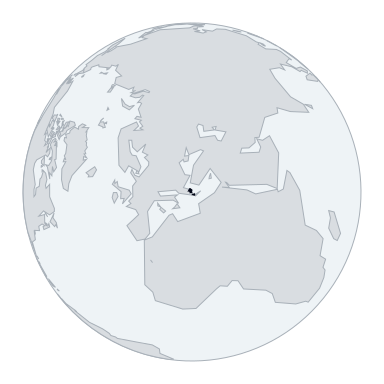 Attiki on an orthographic globe, rotated 309°
{"feature_id": "GRC-2884", "entity_name": "Attiki", "entity_type": "Region", "adm_level": 1, "iso_a3": "GRC", "parent_name": "Greece", "parent_adm1": "", "projection": "orthographic", "projection_center": [23.522, 37.086], "detail": "fine", "context": "on_globe", "style": "filled", "palette": "ink", "viewbox_px": 384, "rotation_deg": 309, "n_neighbors": 0, "source": "natural_earth", "source_scale": "10m", "svg_char_len": 11628}
<svg xmlns="http://www.w3.org/2000/svg" viewBox="0 0 384 384"><g transform="rotate(309 192 192)"><circle cx="192" cy="192" r="169" fill="#eef3f6" stroke="#a8b0b8"/><path d="M128.7,35.3L130.6,34.6L136.8,32.4L140.2,31.2L158.0,27.8L178.6,25.3L184.8,24.2L183.7,25.1L195.2,23.3L206.2,23.7L194.0,23.6L192.9,24.0L200.4,24.1L200.9,24.6L204.8,25.1L204.7,25.8L197.6,26.2L197.4,26.8L202.8,26.9L206.0,28.1L198.2,27.7L203.1,29.7L192.1,31.7L171.2,31.8L165.2,35.0L144.0,41.2L146.1,41.8L139.3,45.1L139.2,47.3L135.3,48.2L138.6,49.2L142.2,47.9L144.8,48.0L145.1,49.3L140.1,50.6L139.3,50.1L138.0,51.2L135.4,51.4L136.8,52.0L130.8,53.7L137.1,54.0L132.6,57.0L128.5,57.6L128.6,54.9L119.3,51.1L115.2,51.7L109.4,54.7L99.1,65.5L94.7,67.5L89.0,72.1L91.6,72.0L96.9,68.4L100.3,69.7L106.4,65.7L108.7,65.8L115.1,63.1L114.5,66.5L110.4,71.4L105.0,73.9L103.0,76.3L108.4,76.5L98.7,84.4L92.7,95.3L90.2,97.3L84.6,95.7L83.9,88.5L76.8,88.1L81.7,91.6L75.2,97.1L74.3,99.6L74.8,101.4L77.4,100.6L75.3,103.4L69.6,100.6L71.4,98.0L73.2,98.8L72.8,95.6L68.9,94.5L66.0,97.8L63.2,93.9L61.1,96.4L59.3,97.1L62.9,93.4L56.3,100.3L52.7,99.4L43.6,112.4L52.2,98.6L55.0,93.9L57.6,89.7L56.1,91.7L59.0,87.8L67.1,78.2L76.0,69.2L85.5,60.9L95.5,53.3L106.1,46.5L117.2,40.5L128.7,35.3ZM28.0,151.5L28.0,151.4L27.7,153.8L25.8,161.6L27.1,157.6L26.0,164.3L26.5,175.0L26.0,175.9L26.2,194.4L29.4,208.7L30.1,216.8L29.4,219.2L31.2,223.8L31.3,226.2L41.0,244.2L48.2,257.4L49.5,265.4L46.4,268.7L50.6,283.1L47.4,279.4L41.6,268.9L36.4,258.0L32.1,246.7L28.6,235.1L26.0,223.4L24.2,211.4L23.2,199.4L23.1,187.3L23.9,175.3L25.5,163.3L28.0,151.5ZM43.0,112.4L41.3,116.2L34.9,132.5L36.2,127.5L36.4,127.4L38.5,122.3L41.6,115.3L42.9,112.5L43.0,112.4ZM43.8,113.8L44.8,111.6L44.2,113.2L43.8,113.8ZM141.6,30.8L136.9,32.4L131.1,34.4L135.0,32.9L141.6,30.8ZM152.7,27.9L150.6,28.6L147.7,29.0L149.8,28.5L152.7,27.9ZM189.1,23.6L185.2,23.8L188.8,23.5L189.1,23.6ZM205.4,25.1L206.4,25.0L208.0,25.3L205.4,25.1ZM115.0,61.5L115.0,62.3L113.8,62.4L115.0,61.5ZM117.8,59.7L116.4,59.2L117.5,58.3L118.3,58.6L117.8,59.7ZM209.3,26.8L211.6,27.7L208.1,26.8L209.3,26.8ZM119.3,60.5L119.6,56.8L121.6,55.3L126.5,55.2L119.3,60.5ZM212.2,28.2L217.9,30.6L220.5,30.4L216.2,32.7L212.8,29.6L208.0,28.5L211.4,28.7L212.2,28.2ZM143.2,47.0L139.4,48.4L142.3,46.1L143.2,47.0ZM144.4,45.6L149.7,39.4L155.5,38.3L152.5,40.5L159.8,38.4L160.0,40.9L156.1,42.6L152.3,42.7L155.2,43.6L144.4,45.6ZM212.9,33.8L213.2,34.6L211.5,33.8L212.9,33.8ZM146.1,47.9L146.6,46.6L151.6,45.5L151.5,48.0L149.9,47.5L146.1,47.9ZM161.6,36.8L165.3,36.6L166.5,38.5L168.1,38.7L160.5,40.9L161.6,36.8ZM148.9,48.4L151.2,49.3L149.1,51.0L145.9,49.1L148.9,48.4ZM153.0,44.3L155.4,44.0L154.0,44.9L153.0,44.3ZM142.8,58.1L143.4,56.3L146.0,55.5L142.8,58.1ZM152.2,49.5L153.0,48.9L154.1,48.5L155.1,49.4L152.2,49.5ZM161.9,42.2L161.6,43.2L165.0,41.4L166.0,43.0L160.8,44.2L163.5,44.4L163.8,44.9L159.2,45.4L161.9,42.2ZM159.6,49.2L153.3,51.7L151.7,55.0L149.2,55.7L152.3,50.2L159.6,49.2ZM159.7,46.9L159.1,48.4L156.4,48.4L155.2,47.3L159.7,46.9ZM168.6,43.7L168.4,40.9L169.6,40.8L168.6,43.7ZM159.6,50.1L161.2,49.5L159.8,50.4L159.6,50.1ZM166.5,45.6L166.2,44.6L167.5,44.4L166.5,45.6ZM164.4,49.3L162.4,50.0L161.5,49.2L164.4,49.3ZM165.8,47.6L167.6,47.7L162.4,48.5L165.4,47.1L165.8,47.6ZM167.7,45.6L168.4,45.2L167.7,46.1L167.7,45.6ZM168.9,52.0L162.5,53.3L160.6,51.5L167.0,50.4L168.9,52.0ZM95.2,258.5L84.5,231.9L89.5,224.6L90.2,213.7L124.6,185.2L132.1,189.4L159.5,188.8L162.9,190.6L160.0,199.5L180.7,211.8L187.1,204.5L205.6,209.9L217.8,208.6L221.7,191.3L201.7,193.0L198.0,184.9L213.8,176.3L231.2,175.1L230.3,172.0L219.1,166.1L222.8,159.6L215.2,163.6L218.4,166.6L213.7,169.4L210.4,166.9L211.9,164.6L206.6,163.6L201.0,175.6L203.7,180.0L190.0,182.6L193.2,190.3L189.6,194.0L182.7,182.5L183.2,178.2L170.8,165.4L169.0,170.1L180.7,182.6L177.1,181.6L174.8,188.7L173.8,182.5L161.5,168.2L148.9,169.7L133.3,185.2L125.9,185.1L119.5,179.9L124.9,162.6L140.8,164.8L142.9,159.3L139.4,150.1L144.6,151.8L145.1,148.5L151.1,149.0L159.3,142.1L165.3,142.0L168.3,132.3L171.8,131.1L169.0,137.0L170.4,141.4L185.4,141.5L188.2,139.5L188.9,133.3L193.0,134.4L191.7,128.4L200.2,125.9L188.8,124.2L189.4,117.6L194.3,112.6L192.5,110.3L184.4,118.6L183.0,122.3L185.0,125.8L179.5,136.4L174.4,138.0L172.5,126.3L165.0,127.5L166.8,118.4L187.6,100.5L196.4,97.2L211.5,104.8L209.6,108.9L203.2,108.1L209.4,114.7L208.8,111.3L212.1,112.4L213.5,107.0L215.9,107.5L213.0,101.5L216.2,101.6L218.0,105.4L222.7,98.1L229.1,97.1L229.0,95.2L227.1,93.5L236.6,93.8L236.1,92.5L232.7,91.8L229.6,88.7L227.7,83.6L231.1,84.0L232.2,85.8L239.7,90.7L242.2,96.1L243.4,95.8L242.1,91.2L232.9,85.2L230.8,82.1L235.5,84.3L233.6,83.3L233.7,81.8L236.9,80.9L231.9,78.3L227.5,63.8L233.3,61.0L237.9,64.3L238.5,56.0L244.9,54.5L241.9,53.7L240.1,49.8L238.0,50.2L236.4,49.6L230.8,40.9L232.2,39.5L226.3,35.7L224.7,35.5L223.4,36.2L216.2,32.7L220.5,30.4L223.9,31.0L224.3,29.5L231.9,31.4L238.4,32.6L246.5,36.2L250.9,37.2L250.6,36.6L256.3,37.8L269.4,43.3L260.4,41.6L241.1,35.9L249.1,38.2L247.7,38.7L250.9,40.3L256.5,42.1L256.9,41.7L268.3,51.3L282.7,60.3L280.6,56.2L283.5,56.3L298.0,65.1L318.0,86.8L322.1,88.9L325.2,92.2L327.9,97.0L323.5,92.3L322.4,93.3L319.5,90.1L322.4,97.0L318.3,92.8L322.5,100.6L325.5,102.4L324.5,97.6L329.9,106.7L334.2,108.5L339.4,115.5L347.6,135.9L349.1,147.4L350.2,150.3L348.4,150.4L349.6,159.2L355.9,167.9L357.0,172.3L357.3,186.5L356.6,183.5L351.9,183.8L353.6,195.2L357.3,197.6L358.7,205.4L357.0,206.9L355.3,200.3L353.6,200.2L352.1,190.7L347.1,180.2L345.2,187.2L343.6,181.7L336.3,175.2L332.6,185.0L328.0,208.7L330.3,223.3L327.4,232.6L316.4,217.8L311.0,205.0L307.4,209.0L295.8,201.6L276.8,209.7L273.8,206.6L270.3,209.9L262.1,208.5L257.4,203.1L252.6,205.0L265.1,219.1L270.2,217.1L274.1,208.8L276.6,214.3L284.5,216.8L276.9,234.8L248.3,256.0L245.0,245.3L220.7,216.8L221.2,213.0L221.1,212.6L220.7,211.8L219.0,218.2L214.7,212.2L228.2,233.4L230.6,242.7L247.9,256.7L246.4,258.8L251.8,261.1L268.5,252.2L268.7,255.9L261.1,274.7L237.5,300.8L240.4,312.9L238.3,323.2L223.1,331.6L223.9,338.1L215.9,341.2L215.1,344.5L208.5,348.3L197.5,351.7L179.5,351.6L178.7,349.1L170.3,343.1L158.7,326.2L163.6,318.3L162.2,311.2L149.1,293.1L152.0,283.6L148.4,278.9L141.0,278.8L136.8,272.9L132.3,272.0L104.0,268.4L95.2,258.5ZM113.1,202.5L112.3,205.8L113.1,202.5ZM250.0,182.6L260.1,180.5L254.7,170.9L258.1,169.5L255.0,166.9L254.3,170.3L246.6,163.0L250.6,158.7L248.9,154.3L245.5,154.8L239.3,164.0L250.3,174.3L248.3,179.3L250.0,182.6ZM26.6,175.2L26.4,178.0L26.2,176.3L26.6,175.2ZM35.1,129.7L34.3,132.0L33.5,134.2L33.9,133.0L35.1,129.7ZM31.8,148.1L31.5,151.3L31.3,149.3L31.8,148.1ZM34.2,134.9L32.0,145.9L31.5,142.9L33.2,136.2L32.8,139.0L34.2,134.9ZM41.7,116.8L40.9,118.6L40.3,119.5L41.7,116.8ZM43.5,115.0L43.5,114.6L44.4,112.9L43.5,115.0ZM75.6,97.3L75.9,97.6L75.9,99.8L74.8,99.5L75.6,97.3ZM82.8,105.9L79.2,110.2L81.0,106.7L78.7,107.0L79.6,100.4L88.9,98.0L84.5,100.1L82.8,105.9ZM83.4,91.5L81.8,95.5L83.2,91.2L83.4,91.5ZM142.1,131.3L144.2,133.8L142.0,137.3L134.4,138.6L137.5,133.4L142.1,131.3ZM147.7,136.6L147.9,125.2L152.7,124.4L150.0,126.7L153.1,127.3L149.6,131.3L153.9,142.0L152.3,145.9L139.0,145.4L144.3,143.3L141.9,140.8L147.7,136.6ZM140.1,101.4L140.3,97.5L150.4,100.5L149.1,103.9L141.4,105.1L138.4,101.8L140.1,101.4ZM127.9,61.6L127.4,60.6L128.7,60.1L130.3,60.6L127.9,61.6ZM142.9,57.3L132.0,65.7L130.7,64.9L125.8,71.3L120.7,71.8L124.0,67.5L116.4,72.9L117.3,69.3L112.5,73.3L120.5,63.8L121.1,61.1L122.4,63.9L127.1,63.4L129.3,62.4L136.0,57.7L139.6,52.1L144.8,51.1L147.6,52.0L147.5,53.2L144.1,53.3L146.5,54.8L141.6,56.0L142.9,57.3ZM177.0,67.5L173.1,66.3L177.1,71.3L172.1,71.8L172.9,72.3L169.4,74.3L166.5,77.7L164.3,77.5L164.1,79.0L161.8,80.4L160.9,82.5L156.5,82.8L154.9,85.4L153.7,84.1L152.3,88.6L151.4,85.5L148.3,87.4L150.8,89.4L129.3,88.4L121.0,91.0L114.5,95.1L113.8,89.8L119.5,82.8L128.1,76.3L136.2,74.8L134.4,72.9L137.7,71.7L137.7,73.7L139.7,70.0L142.5,69.6L150.1,65.0L151.3,60.3L154.2,58.7L155.1,60.4L157.2,57.6L160.9,59.8L163.0,58.7L168.7,60.0L169.3,64.2L171.6,62.7L176.0,63.9L177.0,67.5ZM170.4,52.5L172.2,56.8L170.4,59.4L161.2,56.1L158.8,56.8L152.8,55.2L155.6,51.6L157.1,52.4L159.1,52.3L157.4,53.4L160.3,52.5L162.4,53.5L165.2,53.1L165.0,54.6L170.4,52.5ZM166.8,187.5L169.4,188.0L173.5,187.8L172.1,192.5L166.8,187.5ZM158.2,177.9L160.6,177.5L160.6,183.5L157.9,183.1L158.2,177.9ZM161.8,172.3L160.7,177.0L159.7,174.2L161.8,172.3ZM171.2,136.5L173.8,135.8L174.1,137.3L172.7,139.4L171.2,136.5ZM187.7,83.9L185.7,82.4L186.5,81.7L185.1,77.2L188.7,76.7L190.9,79.2L187.7,83.9ZM218.3,194.6L214.9,198.3L213.0,196.9L214.6,195.9L218.3,194.6ZM192.4,196.1L198.4,198.0L192.0,197.3L192.4,196.1ZM191.3,82.6L190.4,80.8L192.7,81.7L191.3,82.6ZM191.2,76.2L194.0,76.8L189.0,76.2L191.2,76.2ZM265.9,315.0L253.3,333.5L245.7,335.4L244.9,331.5L249.9,321.0L259.0,315.9L263.6,309.9L265.9,315.0ZM358.6,220.0L358.1,222.4L358.6,219.0L359.4,215.0L358.6,220.0ZM358.6,219.3L357.0,220.0L351.7,210.9L353.7,207.7L358.6,208.9L358.3,211.5L359.3,212.3L358.6,219.3ZM360.5,203.8L360.5,204.8L360.4,199.1L360.5,194.1L360.7,191.8L359.4,169.4L360.9,186.5L360.5,203.8ZM331.0,224.2L334.5,230.3L332.7,233.4L331.0,224.2ZM357.1,156.6L358.8,166.0L356.7,155.0L357.1,156.6ZM354.9,147.5L355.6,150.1L355.2,148.9L354.9,147.5ZM351.8,154.2L351.6,157.4L350.8,155.5L350.5,150.3L351.8,154.2ZM343.3,121.6L346.4,127.3L347.4,129.7L345.9,127.4L343.3,121.6ZM220.3,78.3L218.2,84.8L219.0,89.7L223.2,92.7L216.4,91.6L215.1,84.0L220.3,78.3ZM226.3,65.4L222.6,63.3L224.7,62.6L225.9,63.0L226.3,65.4ZM223.7,65.2L218.2,65.6L216.5,63.5L221.2,63.5L223.7,65.2ZM204.8,73.5L204.0,75.4L202.0,74.5L204.8,73.5ZM356.1,151.6L355.6,149.7L355.4,149.0L356.1,151.6ZM354.3,145.1L354.8,147.5L351.0,137.1L350.4,134.6L353.5,143.2L354.1,144.3L354.3,145.1ZM326.0,90.6L324.0,88.5L322.4,86.0L324.3,88.1L326.0,90.6ZM315.4,76.9L321.4,84.7L325.8,91.5L326.2,91.3L330.3,96.8L327.8,94.7L322.1,86.7L319.4,82.4L315.5,78.4L311.4,73.6L307.0,70.0L304.1,67.2L307.2,69.3L315.4,76.9ZM305.2,68.6L296.0,61.8L294.6,59.4L296.3,60.3L301.1,64.3L301.6,65.4L305.2,68.6ZM293.4,59.5L293.7,60.6L281.0,55.2L278.0,53.6L286.9,55.7L287.7,56.9L291.1,58.9L293.4,59.5ZM215.0,34.5L213.4,34.6L214.1,34.0L215.0,34.5ZM235.3,49.9L233.3,49.0L234.2,48.2L235.3,49.9ZM228.1,46.2L228.4,47.7L226.6,45.9L228.1,46.2ZM229.5,51.2L227.9,48.2L231.4,51.3L229.5,51.2Z" fill="#d9dde1" stroke="#a8b0b8" stroke-width="1"/><path d="M192.6,188.3L192.9,188.4L193.0,188.4L193.0,188.5L193.3,188.7L193.3,188.8L193.2,188.9L193.1,189.0L193.2,189.3L193.1,189.5L193.3,189.7L193.3,189.8L193.2,189.8L193.3,189.9L193.3,190.0L193.3,190.3L193.2,190.3L193.0,190.2L192.9,190.1L192.9,189.9L192.9,190.0L192.8,189.9L192.7,189.8L192.5,189.7L192.4,189.5L192.2,189.5L192.3,189.5L192.3,189.4L192.2,189.5L192.2,189.4L192.2,189.2L191.9,189.2L191.7,189.3L191.8,189.4L191.7,189.4L191.3,189.4L191.2,189.4L191.2,189.5L191.1,189.4L191.0,189.2L191.3,189.0L191.2,188.9L191.3,188.9L191.2,188.8L191.3,188.8L191.4,188.6L191.5,188.6L191.8,188.7L191.9,188.9L192.0,188.9L192.2,188.5L192.3,188.5L192.4,188.4L192.5,188.3L192.6,188.3ZM191.2,190.5L191.3,190.5L191.5,190.6L191.5,190.4L191.7,190.5L191.8,190.7L191.7,190.7L191.8,190.8L192.0,190.9L192.0,191.0L191.8,191.0L191.8,190.9L191.7,190.9L191.4,190.9L191.2,190.8L191.2,190.7L191.2,190.5ZM190.8,194.3L191.0,194.5L190.9,194.5L190.9,194.8L190.7,194.8L190.7,194.7L190.6,194.4L190.5,194.2L190.8,194.2L190.8,194.3ZM191.7,189.6L191.8,189.5L191.9,189.4L192.0,189.3L192.0,189.5L191.9,189.6L191.7,189.6ZM192.1,190.0L191.9,190.2L191.9,190.3L191.9,190.2L192.1,190.0ZM192.2,191.2L192.0,191.3L191.9,191.3L191.7,191.4L191.9,191.2L192.0,191.2L192.2,191.2ZM191.1,191.4L191.1,191.5L191.0,191.4L191.1,191.4ZM191.9,190.6L192.0,190.7L191.9,190.8L191.8,190.7L191.9,190.6ZM191.4,195.5L191.5,195.5L191.4,195.6L191.4,195.5Z" fill="#0f172a" stroke="#020617" stroke-width="1.5"/></g></svg>